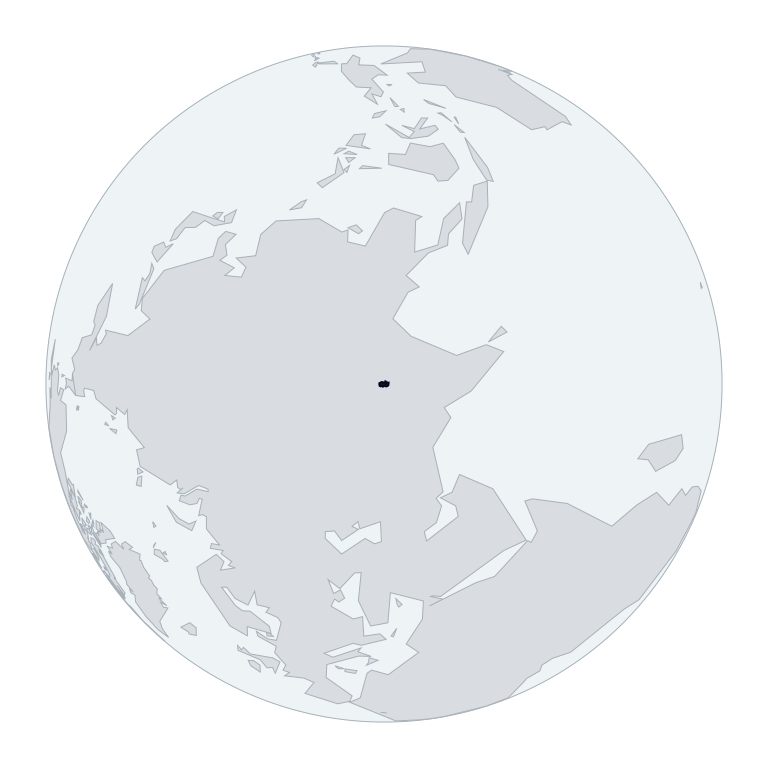 globe centered on Seti, rotated 245°
{"feature_id": "NPL-1129", "entity_name": "Seti", "entity_type": "District", "adm_level": 1, "iso_a3": "NPL", "parent_name": "Nepal", "parent_adm1": "", "projection": "orthographic", "projection_center": [81.176, 29.231], "detail": "fine", "context": "on_globe", "style": "filled", "palette": "ink", "viewbox_px": 768, "rotation_deg": 245, "n_neighbors": 0, "source": "natural_earth", "source_scale": "10m", "svg_char_len": 12681}
<svg xmlns="http://www.w3.org/2000/svg" viewBox="0 0 768 768"><g transform="rotate(245 384 384)"><circle cx="384" cy="384" r="338" fill="#eef3f6" stroke="#a8b0b8"/><path d="M487.0,62.2L487.0,62.4L506.7,72.9L522.2,79.8L511.6,76.3L547.0,92.9L563.6,105.1L539.2,89.4L532.3,86.6L540.8,93.3L535.5,92.1L536.6,95.0L529.6,93.1L515.8,85.2L511.0,84.2L517.3,89.2L514.2,91.3L505.7,83.9L499.5,87.0L475.4,76.4L458.4,61.9L439.3,58.0L406.7,49.3L404.0,50.1L389.9,48.6L381.5,49.2L377.9,48.3L374.3,49.8L379.3,50.6L379.4,51.7L374.9,52.5L369.4,51.1L370.9,50.5L367.0,50.6L366.2,49.8L364.0,50.6L358.0,49.5L357.3,51.9L346.8,52.1L344.6,51.1L353.6,49.5L370.9,46.3L400.4,46.5L429.7,49.2L458.6,54.4L487.0,62.2ZM322.8,51.7L321.8,51.9L328.5,51.2L318.0,53.4L304.1,56.3L298.1,57.3L291.9,59.0L289.9,60.2L271.2,65.5L246.0,75.6L243.5,76.7L269.2,66.2L295.7,57.8L322.8,51.7ZM534.4,85.6L529.2,82.2L536.1,86.0L534.4,85.6ZM538.0,95.7L541.1,97.3L540.3,98.2L538.0,95.7ZM333.8,50.1L331.2,50.6L331.3,50.5L333.8,50.1ZM339.1,49.6L341.1,49.1L344.0,48.8L342.7,49.1L339.1,49.6ZM528.9,96.5L526.7,98.0L526.6,95.0L528.9,96.5ZM336.0,50.4L348.8,48.4L353.7,48.0L352.9,49.1L336.0,50.4ZM523.9,98.0L518.7,102.6L525.2,106.1L503.9,99.7L515.3,97.3L514.1,92.9L518.8,96.5L523.9,98.0ZM382.8,50.6L377.3,49.7L386.0,49.9L382.8,50.6ZM388.3,50.5L414.9,51.1L420.8,53.3L410.7,52.4L421.6,55.4L411.3,56.1L403.1,54.6L401.3,52.8L398.7,54.6L388.3,50.5ZM492.9,95.9L489.6,96.1L490.4,94.4L492.9,95.9ZM380.1,52.2L384.9,51.8L390.4,53.6L381.6,54.7L382.7,53.7L380.1,52.2ZM429.4,56.1L431.9,58.0L424.3,59.0L424.2,60.0L411.6,56.3L429.4,56.1ZM379.2,53.7L377.0,55.4L370.4,55.3L375.7,52.7L379.2,53.7ZM395.4,53.8L397.6,54.8L393.5,54.5L395.4,53.8ZM345.7,57.3L351.4,56.2L354.7,56.9L345.7,57.3ZM376.7,56.0L379.0,56.0L380.9,56.4L378.2,57.5L376.7,56.0ZM407.1,57.5L403.4,57.8L411.9,59.0L406.5,60.3L399.1,57.8L400.0,59.4L398.4,59.9L394.2,57.5L407.1,57.5ZM381.3,59.8L369.9,57.9L358.7,59.4L355.4,58.7L374.1,56.5L381.3,59.8ZM389.2,58.6L383.6,59.1L382.4,57.6L385.5,56.3L389.2,58.6ZM405.6,62.2L415.7,60.9L417.0,61.6L405.6,62.2ZM378.2,60.5L381.0,61.0L377.6,60.8L378.2,60.5ZM397.4,61.9L400.9,61.2L402.2,61.9L397.4,61.9ZM383.8,62.8L380.1,62.0L382.1,61.0L383.8,62.8ZM390.2,62.6L391.3,63.8L385.0,61.1L391.5,62.1L390.2,62.6ZM398.2,62.7L400.1,62.9L396.6,62.9L398.2,62.7ZM378.3,67.6L369.9,64.5L374.4,62.0L381.9,65.3L378.3,67.6ZM61.4,283.4L65.4,272.4L73.6,252.4L110.1,218.4L109.6,229.8L129.0,246.4L129.9,251.9L118.7,265.0L126.1,302.1L139.0,294.2L154.6,319.4L170.7,328.0L192.2,301.6L166.0,286.6L170.3,269.6L198.4,269.2L222.7,283.6L225.2,277.6L217.2,257.5L230.4,250.6L215.4,249.8L215.8,257.6L206.5,257.8L205.5,250.8L210.1,248.4L205.0,242.1L184.0,256.8L182.2,266.3L164.0,259.1L159.3,274.7L151.7,278.0L156.8,253.0L162.1,246.3L165.3,215.9L158.0,222.1L154.5,251.6L152.3,247.2L142.5,257.3L148.1,246.1L153.9,213.7L142.5,207.5L114.8,223.3L110.9,218.9L113.7,206.9L137.0,181.6L143.1,194.4L151.4,187.0L161.5,170.6L162.5,176.3L167.4,171.6L170.8,176.3L186.7,171.4L191.9,175.5L208.9,163.1L213.8,163.9L202.3,170.7L197.1,178.2L211.2,189.9L217.1,189.1L227.0,180.5L229.7,185.5L237.5,175.7L250.9,179.2L241.1,167.3L252.5,158.4L266.4,155.6L268.4,150.9L245.7,155.8L238.3,159.9L234.7,166.6L212.8,177.7L205.6,176.2L221.9,157.5L213.5,153.8L229.8,142.2L281.1,134.0L297.0,136.9L300.5,160.0L290.6,163.9L284.4,157.1L280.2,171.5L285.3,166.3L287.5,170.9L299.0,164.7L301.1,167.8L308.5,157.2L312.3,160.2L307.6,166.9L327.8,161.8L338.7,167.0L342.3,164.5L343.0,160.4L356.4,170.5L358.4,168.3L354.8,164.0L356.5,157.1L364.8,149.1L369.0,153.0L366.5,156.4L367.8,170.0L360.7,179.2L363.2,180.1L370.4,173.1L368.9,156.4L372.7,150.6L374.8,158.0L374.3,154.9L377.5,153.3L384.6,155.6L382.9,147.5L412.3,128.2L428.9,131.9L427.6,139.9L452.5,133.7L469.3,140.4L466.0,136.1L475.7,131.6L470.5,129.3L469.7,127.1L492.3,116.8L500.8,118.2L506.7,110.9L505.0,109.0L499.0,107.4L503.9,99.7L525.2,106.1L528.0,109.9L539.5,112.2L544.3,121.0L553.5,130.1L552.1,140.0L559.6,147.1L563.2,147.3L576.1,157.8L589.9,180.6L562.7,161.1L538.7,131.2L547.1,142.8L540.4,140.2L540.5,144.7L546.8,153.5L550.5,154.4L536.1,172.3L541.8,199.3L553.0,195.0L563.6,201.1L579.9,232.8L572.0,283.0L586.0,295.4L589.2,305.0L582.2,313.2L577.4,299.2L567.1,296.1L565.5,287.5L552.6,297.4L549.6,285.6L541.1,299.9L548.2,308.3L560.6,303.3L554.5,321.9L571.6,335.5L577.4,355.1L561.4,394.9L539.5,410.0L538.9,416.5L528.2,411.1L516.9,425.4L539.1,457.0L539.5,467.0L519.8,489.0L518.9,481.8L490.6,467.5L487.3,491.5L508.8,508.1L516.3,529.1L500.6,524.5L492.8,505.9L482.8,500.2L484.1,479.7L473.0,449.9L457.1,457.0L457.0,444.5L439.4,419.6L415.8,428.7L379.2,461.9L376.4,493.3L362.8,506.2L340.8,460.0L337.2,428.6L325.3,430.4L306.0,401.5L261.3,392.0L258.4,382.9L249.2,384.7L236.2,372.9L233.2,358.1L223.7,356.3L232.6,395.3L243.2,397.5L257.0,387.1L257.1,400.0L270.1,414.2L243.0,438.4L182.4,446.9L182.5,422.5L167.5,345.4L171.4,338.9L171.5,338.1L171.7,336.5L164.2,346.4L163.6,331.6L165.1,383.0L162.8,402.9L181.4,448.0L178.2,450.5L186.0,460.9L218.4,462.2L217.3,469.8L198.3,499.6L158.8,530.3L167.5,562.0L170.6,585.3L153.8,590.9L163.2,609.7L155.6,610.3L160.4,619.7L158.8,625.2L153.3,626.4L135.2,611.9L127.8,602.7L109.2,578.1L80.7,523.9L78.6,507.2L74.3,489.2L62.0,439.7L64.2,420.8L62.5,408.4L58.1,403.9L56.9,389.1L54.9,384.6L47.1,364.0L48.9,340.5L57.1,298.5L61.4,283.4ZM88.0,242.1L84.7,247.5L88.0,242.1ZM242.2,315.1L260.7,322.6L263.0,300.9L270.4,302.3L268.4,294.8L263.1,299.4L260.0,279.5L271.8,277.0L275.0,268.4L268.9,265.5L247.8,273.7L252.0,301.6L243.2,307.8L242.2,315.1ZM190.9,144.1L188.3,149.0L181.6,152.8L175.2,150.1L184.8,144.3L190.9,144.1ZM186.3,155.4L204.3,139.1L209.0,140.9L203.3,142.5L204.7,145.3L195.8,148.8L182.8,167.5L176.1,172.3L167.8,163.2L174.2,163.2L176.3,158.0L186.3,155.4ZM241.7,102.1L249.5,97.2L249.7,107.1L242.4,110.7L235.4,107.5L240.0,101.6L241.7,102.1ZM332.1,53.7L335.1,52.7L336.6,52.9L335.3,53.8L332.1,53.7ZM348.1,56.7L320.6,58.6L322.6,57.4L304.1,61.0L302.3,59.5L314.3,57.0L299.0,59.2L309.2,56.3L298.2,58.4L325.2,53.0L333.7,51.2L325.0,53.6L326.4,54.8L329.6,54.8L345.0,53.9L364.0,51.7L368.5,53.4L366.7,55.2L362.8,56.0L361.1,54.5L357.1,56.6L351.7,55.1L348.1,56.7ZM342.2,87.1L341.8,83.1L332.9,91.0L327.5,88.0L326.8,89.1L319.3,88.7L309.0,90.5L307.8,88.6L304.3,90.2L299.3,90.3L294.1,91.9L290.1,89.5L283.5,91.5L285.4,89.2L274.9,93.5L280.9,89.3L275.0,89.7L272.3,93.5L263.7,80.5L255.4,79.7L245.3,81.7L256.9,75.4L273.9,70.0L291.6,66.8L297.9,69.1L302.0,66.3L306.2,66.8L301.2,68.8L311.5,66.1L313.6,67.2L329.4,67.0L342.9,63.5L349.0,63.7L344.8,65.7L353.8,64.7L350.0,68.7L354.3,69.2L354.8,74.1L344.2,78.3L349.8,78.5L350.5,82.8L342.2,87.1ZM378.0,69.0L366.6,73.7L357.9,74.6L360.6,65.9L357.3,64.9L358.7,60.2L371.2,59.2L369.6,60.5L371.0,61.7L366.5,61.5L371.2,62.5L369.2,64.6L372.2,66.0L367.7,67.0L378.0,69.0ZM136.5,249.3L138.2,252.2L142.2,254.9L136.1,261.8L136.5,249.3ZM139.9,227.1L142.3,228.2L135.6,238.3L133.8,235.7L139.9,227.1ZM149.3,220.6L142.9,227.4L145.3,222.2L149.3,220.6ZM205.1,171.5L208.3,172.5L206.4,174.8L202.0,177.0L205.1,171.5ZM314.7,113.4L315.8,110.1L318.2,109.8L326.7,103.7L331.4,106.0L328.1,110.6L314.7,113.4ZM184.5,304.1L176.6,307.2L175.6,303.1L178.5,302.8L184.5,304.1ZM152.6,283.9L157.2,292.3L150.9,285.7L152.6,283.9ZM321.2,114.8L324.2,111.9L324.7,114.9L321.2,114.8ZM335.3,107.4L336.9,110.4L333.0,105.6L335.3,107.4ZM336.6,711.9L342.7,713.7L337.0,713.2L336.6,711.9ZM217.5,598.4L212.3,632.3L199.1,627.8L191.5,615.4L190.0,593.3L203.6,591.5L209.0,582.4L217.5,598.4ZM588.2,561.6L596.1,560.3L595.7,561.7L588.2,561.6ZM580.0,559.6L589.4,557.3L578.1,562.9L580.0,559.6ZM593.0,556.3L602.5,550.9L606.7,547.4L605.7,550.4L593.0,556.3ZM573.5,561.4L536.5,569.4L521.5,568.6L525.4,563.2L549.8,559.8L573.5,561.4ZM524.2,563.3L500.7,553.1L466.0,515.1L478.5,514.7L514.2,535.7L512.0,540.4L526.2,549.2L524.2,563.3ZM579.6,526.1L577.2,539.5L557.2,543.2L547.9,543.2L541.5,527.9L545.1,518.6L552.8,517.3L581.0,481.0L591.1,485.7L583.0,500.4L591.2,509.7L579.6,526.1ZM378.0,496.3L386.7,514.7L379.1,517.4L378.0,496.3ZM590.9,456.9L580.5,473.2L589.5,452.8L590.9,456.9ZM595.3,438.5L596.7,445.1L591.5,439.8L595.3,438.5ZM540.0,426.1L531.9,429.2L531.0,424.4L540.8,417.5L540.0,426.1ZM581.7,371.8L584.2,386.3L583.6,391.6L578.6,383.8L581.7,371.8ZM365.9,135.8L348.7,141.3L339.5,148.0L339.3,155.6L332.3,147.8L346.5,137.4L365.9,135.8ZM406.2,128.4L406.3,122.7L411.1,124.3L411.7,125.8L406.2,128.4ZM402.8,125.6L393.8,120.6L397.1,116.8L403.5,121.5L402.8,125.6ZM357.0,116.2L351.6,117.4L351.3,114.8L357.0,116.2ZM623.2,622.7L623.4,622.5L617.4,628.3L613.3,631.7L618.0,624.6L611.8,630.3L621.0,620.4L610.5,630.7L611.6,626.4L605.2,628.2L549.9,661.5L539.7,663.1L546.5,656.1L545.5,639.2L549.2,638.6L552.1,625.2L587.2,602.9L613.6,570.6L628.3,565.9L642.3,542.4L655.9,536.5L649.2,553.3L660.0,554.6L675.4,516.4L674.1,545.2L676.7,549.7L668.1,567.0L666.4,569.5L646.2,597.2L623.2,622.7ZM711.4,466.0L712.1,463.2L712.0,464.1L711.4,466.0ZM607.7,556.6L619.4,543.1L625.1,540.1L607.7,556.6ZM711.5,463.7L710.4,465.9L710.9,463.8L711.5,463.7ZM712.4,459.1L712.7,456.7L712.3,461.4L712.4,459.1ZM710.8,457.9L711.7,459.6L710.5,458.8L710.8,457.9ZM709.7,460.3L708.6,460.3L708.8,459.3L709.7,460.3ZM690.1,485.7L695.2,494.9L689.6,500.0L683.9,496.0L676.9,509.6L662.6,517.4L666.7,509.5L665.4,501.8L648.9,506.9L645.6,502.6L652.0,495.7L640.3,496.3L653.2,487.8L657.9,497.5L664.9,484.4L675.8,480.2L685.5,477.6L692.1,480.8L690.1,485.7ZM652.1,514.4L654.2,513.4L652.0,517.9L652.1,514.4ZM706.4,457.5L708.0,460.4L707.6,462.2L706.7,462.8L706.4,457.5ZM693.8,477.3L701.4,460.7L702.9,459.3L697.7,475.1L693.8,477.3ZM700.1,455.9L703.1,454.1L704.3,458.1L703.6,460.3L700.1,455.9ZM626.0,514.9L625.3,518.5L621.8,517.2L626.0,514.9ZM630.7,511.1L641.0,510.4L629.6,514.4L630.7,511.1ZM596.7,511.0L600.1,518.1L610.8,509.5L602.6,519.5L609.3,530.3L606.6,536.0L600.1,524.2L596.8,539.6L592.0,540.8L589.9,529.0L595.1,512.1L599.8,504.2L618.9,495.2L596.7,511.0ZM630.8,501.3L628.0,492.9L630.0,485.8L633.1,489.6L630.8,501.3ZM618.6,473.0L609.9,464.5L602.8,471.1L616.3,450.5L622.6,462.1L618.6,473.0ZM609.9,450.5L603.4,456.6L609.6,445.1L609.9,450.5ZM601.3,453.4L599.7,445.6L605.3,445.0L601.3,453.4ZM613.5,449.7L613.4,435.8L616.9,442.8L613.5,449.7ZM595.1,428.5L608.5,438.0L592.5,437.1L588.0,411.1L594.6,408.5L595.1,428.5ZM607.6,310.5L603.8,303.5L608.7,299.8L609.9,305.6L607.6,310.5ZM621.1,283.6L608.8,296.6L598.3,308.0L603.3,310.0L604.2,323.8L594.7,314.0L599.3,296.8L607.9,290.6L605.6,279.5L609.8,269.8L603.4,257.4L604.0,250.6L612.4,260.3L621.1,283.6ZM600.2,252.3L590.5,229.9L601.3,229.2L605.9,233.9L605.8,244.3L600.1,244.0L600.2,252.3ZM591.4,224.5L585.8,224.2L559.8,196.1L557.0,190.2L582.5,209.9L578.5,210.9L583.0,218.4L591.4,224.5ZM492.5,98.0L489.9,96.3L493.6,97.1L492.5,98.0ZM466.6,126.0L466.1,123.1L470.5,123.7L466.6,126.0ZM467.0,115.6L462.3,116.8L465.5,113.9L467.0,115.6ZM452.3,120.1L459.7,116.5L455.1,122.4L452.3,120.1Z" fill="#d9dde1" stroke="#a8b0b8" stroke-width="1"/><path d="M383.5,379.3L383.9,379.3L384.1,379.4L384.3,379.3L384.3,379.2L384.5,379.0L384.8,379.2L384.8,379.3L385.1,379.3L385.3,379.3L385.3,379.5L385.4,379.8L385.4,380.0L385.5,380.1L385.8,379.9L386.0,379.8L386.4,379.8L386.5,379.8L386.9,379.9L387.0,380.0L387.0,380.3L386.9,380.4L386.8,380.5L386.8,380.8L386.7,381.3L386.7,381.5L386.8,381.6L387.0,381.7L387.1,381.8L387.1,382.0L387.0,382.3L386.8,382.4L386.8,382.5L386.7,382.6L386.7,382.8L386.7,383.0L386.8,383.1L386.8,383.3L386.6,383.4L386.4,383.3L386.3,383.2L386.2,383.2L385.8,383.3L385.6,383.5L385.6,383.8L385.6,384.2L385.6,384.3L385.8,384.5L385.6,384.9L385.4,384.9L385.2,385.2L385.2,385.3L385.2,385.5L385.3,385.6L385.6,386.0L385.8,386.2L385.9,386.3L385.9,386.5L386.0,386.6L385.9,386.8L385.7,386.8L385.8,386.7L385.7,386.7L385.8,386.5L385.5,386.2L385.4,386.0L385.3,385.9L384.8,386.0L384.7,385.9L384.2,385.9L383.8,385.7L383.6,385.6L383.4,385.5L383.2,385.6L383.3,386.0L383.5,386.2L383.8,386.1L383.9,386.4L384.0,386.3L384.2,386.5L384.2,386.4L384.1,386.2L384.2,386.3L384.3,386.4L384.3,386.6L384.4,386.8L384.5,387.1L384.5,387.3L384.5,387.5L384.4,387.6L383.7,388.4L383.6,388.5L383.4,388.6L383.3,388.9L383.3,389.0L383.1,388.9L383.0,388.7L382.9,388.7L382.7,388.7L382.5,388.4L382.4,388.3L382.1,388.3L382.0,388.2L381.8,388.0L381.7,388.0L381.5,387.9L381.4,387.9L381.3,387.6L381.2,387.5L380.9,387.5L380.8,387.4L380.8,387.2L380.7,387.2L380.7,386.8L380.7,386.7L380.5,386.4L380.5,386.2L380.5,385.8L380.5,385.4L380.6,385.1L380.7,384.8L380.8,384.7L381.0,384.4L381.3,384.3L381.4,384.2L381.5,384.2L381.6,383.9L381.7,383.7L381.8,383.5L381.9,383.3L382.0,383.2L382.3,383.0L382.5,382.8L382.3,382.6L382.1,382.4L381.8,382.3L381.8,382.2L381.9,381.8L381.9,381.7L382.0,381.4L382.3,381.3L382.5,381.2L382.8,381.1L383.1,381.0L383.3,381.0L383.4,380.9L383.4,380.6L383.3,380.3L383.3,380.2L383.2,380.1L383.1,379.9L383.2,379.7L383.3,379.5L383.4,379.4L383.5,379.3L383.5,379.3Z" fill="#0f172a" stroke="#020617" stroke-width="1.5"/></g></svg>